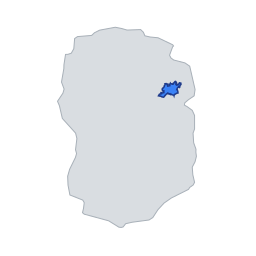 Zhelino, Želino, North Macedonia (highlighted), rotated 102°
{"feature_id": "65306769B31253280068655", "entity_name": "Zhelino", "entity_type": "district", "adm_level": 2, "iso_a3": "MKD", "parent_name": "North Macedonia", "parent_adm1": "Želino", "projection": "equal_earth", "projection_center": [21.113, 41.927], "detail": "fine", "context": "in_parent", "style": "filled", "palette": "blue", "viewbox_px": 256, "rotation_deg": 102, "n_neighbors": 0, "source": "geoboundaries", "source_scale": "gbopen_adm2", "svg_char_len": 2249}
<svg xmlns="http://www.w3.org/2000/svg" viewBox="0 0 256 256"><g transform="rotate(102 128 128)"><path d="M115.2,62.7L119.5,63.3L128.8,60.7L134.6,57.1L137.5,56.6L141.5,55.2L147.1,55.4L152.9,57.0L160.2,54.9L167.3,51.6L170.2,52.4L173.3,55.3L175.4,56.0L187.4,71.0L193.9,77.1L201.6,81.7L210.4,85.1L213.6,88.3L219.3,104.3L222.1,110.4L225.8,112.2L226.7,114.0L226.9,116.3L222.8,127.6L221.4,152.9L220.3,154.9L215.9,154.8L210.1,155.3L207.9,157.3L205.6,170.9L196.3,174.8L187.7,177.0L180.5,176.5L167.8,173.3L163.7,173.0L160.2,174.8L148.9,175.8L143.9,178.2L132.3,194.2L120.5,199.7L116.5,202.5L107.5,198.9L103.2,198.6L96.9,202.6L83.2,203.1L79.5,203.8L69.0,204.4L68.5,202.2L66.6,199.0L61.7,197.5L51.6,198.8L49.1,196.4L45.0,182.8L41.8,180.6L38.2,176.1L32.1,161.4L32.0,154.9L32.4,149.3L29.1,136.1L31.2,132.8L34.3,130.7L34.4,125.4L33.5,117.4L37.3,101.6L38.3,100.5L39.2,101.2L48.2,102.5L50.6,100.5L52.0,97.4L52.5,85.8L54.7,80.5L76.4,70.4L82.8,70.0L87.7,74.7L91.6,77.7L93.9,77.6L94.8,74.6L97.4,68.8L101.9,65.5L115.0,62.7L115.2,62.7Z" fill="#d9dde1" stroke="#a8b0b8" stroke-width="1"/><path d="M90.2,104.9L90.2,103.2L90.0,102.9L90.5,101.4L90.5,99.7L89.9,99.1L88.5,98.6L88.5,98.4L86.6,97.4L86.4,97.0L85.5,96.3L86.3,95.7L85.9,94.7L86.2,94.3L85.9,94.0L86.2,93.8L86.0,93.4L86.3,93.2L85.9,92.9L86.4,91.8L86.3,90.0L86.8,89.7L86.0,89.7L85.5,89.2L85.2,89.2L84.6,88.3L83.9,87.7L83.4,86.4L82.0,86.8L80.2,87.8L80.3,88.3L79.6,88.2L78.3,87.9L77.6,87.3L77.0,87.2L77.7,86.2L77.1,85.8L76.0,86.1L75.0,85.6L74.8,85.7L74.5,85.3L74.1,85.4L73.9,85.3L73.3,86.2L73.1,86.1L73.1,87.1L74.6,87.6L74.9,88.0L75.5,88.4L75.4,88.8L75.7,88.9L75.9,89.3L75.4,89.6L75.6,90.0L75.0,90.6L74.5,89.9L74.0,89.7L73.3,90.4L73.3,90.8L72.7,90.8L72.5,91.1L72.7,91.6L74.9,92.9L75.1,93.3L75.6,93.4L75.9,93.2L76.0,93.7L75.7,94.9L75.9,95.5L75.4,95.9L76.5,96.2L76.9,96.8L77.9,95.9L78.6,97.3L78.8,97.9L78.1,98.1L77.6,98.6L77.0,98.4L77.1,98.8L76.8,98.9L76.9,99.5L76.6,99.9L76.7,100.2L77.0,100.9L77.2,100.7L78.2,100.9L79.1,101.3L80.1,101.1L81.1,101.9L81.6,101.9L82.2,102.6L83.2,102.6L83.7,102.1L83.9,102.2L84.4,102.0L84.2,100.8L84.7,100.9L84.8,100.6L85.3,100.8L85.8,100.4L85.9,100.8L86.3,100.9L86.5,101.3L86.5,103.1L86.9,103.1L87.6,102.5L88.4,104.3L90.2,104.9Z" fill="#3b82f6" stroke="#1e3a8a" stroke-width="1.5"/></g></svg>